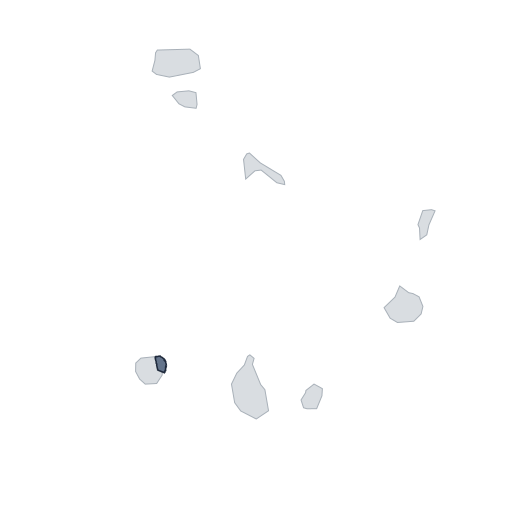 location of Nossa Senhora Da Ajuda, Mosteiros, Cabo Verde, rotated 24°
{"feature_id": "66160863B13080281314211", "entity_name": "Nossa Senhora Da Ajuda", "entity_type": "district", "adm_level": 2, "iso_a3": "CPV", "parent_name": "Cabo Verde", "parent_adm1": "Mosteiros", "projection": "mercator", "projection_center": [-24.32, 15.001], "detail": "fine", "context": "in_parent", "style": "filled", "palette": "slate", "viewbox_px": 512, "rotation_deg": 24, "n_neighbors": 0, "source": "geoboundaries", "source_scale": "gbopen_adm2", "svg_char_len": 3832}
<svg xmlns="http://www.w3.org/2000/svg" viewBox="0 0 512 512"><g transform="rotate(24 256 256)"><path d="M330.4,392.3L322.5,404.8L305.1,403.8L296.2,398.7L285.7,383.0L286.1,370.8L289.7,360.3L289.1,351.2L290.6,348.8L295.9,350.3L296.8,356.5L312.6,371.6L318.5,374.5L330.4,392.3ZM104.1,127.8L91.3,130.6L85.9,129.3L84.1,118.4L81.6,111.2L82.1,108.0L111.5,93.9L121.8,96.3L129.0,107.5L124.1,113.7L104.1,127.8ZM399.5,224.9L410.4,227.4L414.6,226.5L421.6,227.0L429.0,234.2L430.4,241.8L426.7,251.4L412.3,259.2L403.9,258.3L394.0,251.1L399.7,237.0L399.5,224.9ZM217.1,412.9L206.9,418.1L199.8,415.8L193.0,410.5L189.7,402.7L192.4,396.1L206.1,388.2L214.3,390.8L218.7,403.0L217.1,412.9ZM246.0,172.2L251.5,176.2L253.2,179.1L245.2,180.6L225.7,175.4L220.4,178.6L215.3,189.9L205.3,172.8L206.0,166.5L208.1,164.6L222.0,169.2L246.0,172.2ZM364.8,374.8L361.2,375.3L355.7,369.2L356.9,360.7L356.3,358.5L361.1,349.4L370.6,350.2L373.1,356.9L373.5,370.8L364.8,374.8ZM141.2,145.4L130.4,148.7L123.7,148.3L114.2,143.4L117.2,138.2L127.5,132.4L134.7,131.2L140.5,141.5L141.2,145.4ZM403.4,167.2L399.2,174.2L394.0,163.9L391.2,161.5L389.9,146.7L397.5,142.3L401.2,141.9L401.3,157.2L403.4,167.2Z" fill="#d9dde1" stroke="#a8b0b8" stroke-width="1"/><path d="M219.6,399.9L219.5,399.7L219.5,399.4L219.5,399.2L219.4,399.0L219.5,398.8L219.7,398.7L219.7,398.8L219.7,398.7L219.8,398.7L219.7,398.5L219.8,398.5L219.7,398.5L219.8,398.5L219.7,398.3L219.7,398.2L219.8,398.2L219.8,397.9L219.8,397.7L219.8,397.4L220.0,397.3L219.9,397.1L219.9,396.9L219.7,396.8L219.6,396.6L219.4,396.5L219.3,396.1L219.3,395.9L219.3,395.7L219.2,395.4L219.2,395.1L219.1,394.8L219.1,394.6L219.1,394.4L219.1,394.2L218.9,394.1L219.0,394.1L218.9,394.1L218.9,393.9L218.8,394.0L218.8,393.9L218.8,394.0L218.7,394.0L218.7,393.9L218.4,393.7L218.3,393.4L218.4,393.1L218.4,392.9L218.3,392.7L218.3,392.4L218.3,392.2L218.2,391.8L218.2,391.7L218.1,391.4L217.9,391.3L217.9,391.2L217.8,390.9L217.8,391.0L217.7,390.9L217.4,390.7L217.2,390.6L217.0,390.4L216.9,390.2L216.8,389.9L216.8,389.7L216.7,389.6L216.8,389.6L216.7,389.6L216.5,389.2L216.4,389.1L216.2,389.0L216.2,388.9L215.9,388.8L215.8,388.7L215.8,388.8L215.7,388.7L215.7,388.8L215.5,388.7L215.5,388.8L215.4,388.8L215.2,388.9L215.1,388.7L214.9,388.6L214.6,388.6L214.4,388.5L214.3,388.4L214.3,388.2L214.3,387.9L214.2,387.7L213.9,387.5L213.8,387.4L213.6,387.4L213.4,387.3L213.4,387.2L213.1,387.2L212.9,387.2L212.6,387.2L212.4,387.1L212.2,387.1L211.8,386.9L211.7,386.9L211.3,386.8L211.2,386.8L210.7,386.8L210.3,386.8L210.2,386.8L209.9,386.8L209.6,386.8L209.4,386.7L209.2,386.4L209.0,386.5L208.9,386.5L208.6,386.7L208.4,386.8L208.2,386.9L208.1,387.1L207.9,387.1L207.7,387.2L207.6,387.3L207.4,387.5L207.2,387.7L207.1,387.8L206.9,387.9L206.7,388.1L206.3,388.2L206.2,388.3L205.7,388.5L205.7,388.4L205.5,388.5L205.7,388.9L205.5,389.1L205.4,389.1L205.1,389.2L205.1,389.4L205.3,389.5L205.4,389.8L205.4,390.1L205.5,390.1L205.6,390.3L205.8,390.4L205.9,390.5L206.0,390.7L206.1,390.8L206.1,391.1L206.2,391.3L206.3,391.4L206.3,391.5L206.6,391.7L206.6,391.8L206.8,392.0L207.0,392.4L207.2,392.5L207.3,392.6L207.5,392.8L207.9,393.2L207.9,393.3L208.0,393.6L208.1,393.9L208.2,394.1L208.3,394.4L208.4,394.5L208.5,394.8L208.6,395.0L208.6,394.9L208.8,394.8L209.0,394.8L209.4,395.1L209.4,395.3L209.4,395.5L209.5,395.6L209.6,395.8L209.6,396.0L209.8,396.4L210.1,396.7L210.3,397.0L210.5,397.3L210.6,397.5L210.9,397.6L211.0,397.7L211.0,398.0L211.4,398.6L211.5,398.7L211.7,398.8L211.8,398.9L211.8,399.0L212.0,399.3L212.1,399.5L212.5,399.8L212.6,400.1L212.9,400.0L213.0,400.0L214.1,400.2L214.8,400.1L215.1,400.1L215.4,400.0L215.8,400.0L216.0,400.1L216.3,400.0L216.6,400.1L216.8,400.0L217.0,400.1L217.3,400.1L217.5,400.0L217.7,399.9L217.8,400.0L218.1,400.0L218.4,399.9L218.6,400.0L218.8,400.0L219.0,400.0L219.3,399.9L219.5,399.9L219.6,399.9Z" fill="#64748b" stroke="#1e293b" stroke-width="1.5"/></g></svg>